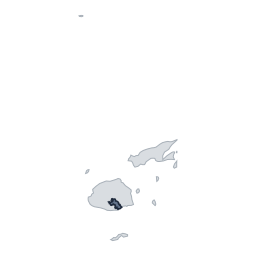 location of Namosi, Central, Fiji
{"feature_id": "14151628B28251361437248", "entity_name": "Namosi", "entity_type": "district", "adm_level": 2, "iso_a3": "FJI", "parent_name": "Fiji", "parent_adm1": "Central", "projection": "albers", "projection_center": [178.074, -18.067], "detail": "fine", "context": "in_parent", "style": "filled", "palette": "slate", "viewbox_px": 256, "rotation_deg": 0, "n_neighbors": 0, "source": "geoboundaries", "source_scale": "gbopen_adm2", "svg_char_len": 4745}
<svg xmlns="http://www.w3.org/2000/svg" viewBox="0 0 256 256"><path d="M121.1,180.5L121.1,182.0L122.0,182.6L122.9,182.7L125.3,185.6L128.9,188.1L131.1,189.9L131.2,191.6L130.5,193.3L131.5,196.3L131.9,199.5L133.5,204.5L131.2,205.4L127.7,205.5L126.9,206.4L125.6,205.9L122.7,206.3L119.9,207.9L117.2,210.2L114.1,210.2L110.6,210.6L107.1,210.3L104.7,209.1L100.4,207.8L94.6,206.8L92.2,205.8L90.2,204.4L88.3,200.7L88.1,198.9L88.3,197.1L90.0,196.6L91.4,195.7L91.6,194.5L92.3,193.7L93.1,193.4L93.5,192.9L92.9,191.0L92.7,189.3L96.1,186.2L99.7,183.5L106.2,181.0L110.1,181.3L116.1,179.4L118.1,178.5L120.0,179.0L121.1,180.5ZM177.0,140.1L172.0,144.6L170.2,146.9L168.7,149.4L164.5,152.1L162.7,155.8L162.8,159.6L167.0,155.7L171.7,152.5L173.1,151.9L174.6,152.0L174.5,153.0L173.8,154.1L173.2,156.9L174.5,159.6L171.0,159.3L167.5,159.5L163.5,160.9L159.5,161.5L158.0,161.5L156.5,161.0L155.6,160.3L154.9,158.5L154.1,158.2L151.0,158.3L146.2,161.7L144.6,164.6L142.8,164.7L140.6,164.1L138.0,166.3L134.9,167.1L133.5,165.2L132.7,162.9L131.6,161.2L128.1,160.7L128.7,158.7L129.6,157.8L130.4,156.6L130.9,155.1L132.6,156.0L134.3,156.6L136.1,155.6L138.1,155.5L140.1,152.4L143.2,150.5L147.4,149.0L151.7,147.9L154.0,147.7L156.1,147.1L159.9,144.2L162.4,142.7L165.1,141.9L167.7,141.4L170.1,141.8L172.0,141.6L177.0,139.6L177.0,140.1ZM127.6,234.7L127.6,236.1L123.5,237.1L122.1,235.9L121.3,235.6L118.8,237.8L118.1,238.6L117.9,239.3L117.2,239.6L112.7,240.6L110.7,239.6L112.1,238.9L113.7,237.5L115.4,237.8L117.1,236.5L118.7,234.5L121.1,234.1L122.7,233.3L125.5,233.9L127.6,234.7ZM176.7,167.0L174.3,168.2L173.4,167.0L174.5,164.0L176.8,161.0L176.7,163.4L176.7,167.0ZM155.4,205.3L155.1,205.6L152.3,202.9L152.4,201.8L152.9,200.8L154.1,199.9L155.1,201.5L155.8,204.1L155.4,205.3ZM138.7,192.6L137.0,193.2L136.1,191.1L137.4,189.1L138.8,188.9L139.5,191.0L138.7,192.6ZM157.9,180.5L156.8,181.4L156.4,176.7L157.5,176.8L158.3,177.2L158.7,178.4L157.9,180.5ZM87.3,172.9L85.6,173.5L86.5,170.8L87.4,170.0L88.0,169.8L89.0,169.6L88.6,171.5L87.3,172.9ZM82.8,16.3L81.5,16.7L79.4,16.4L79.0,15.8L79.7,15.7L81.0,15.4L82.7,15.5L83.0,15.9L82.8,16.3ZM176.9,152.7L176.4,152.7L176.4,152.1L176.9,150.9L176.9,152.7Z" fill="#d9dde1" stroke="#a8b0b8" stroke-width="1"/><path d="M112.2,198.9L111.9,198.9L111.9,199.0L111.6,199.1L111.5,199.3L111.6,199.5L111.8,199.6L112.0,199.6L112.1,199.9L112.7,200.1L112.9,200.5L112.1,200.5L111.9,200.8L111.8,201.0L111.7,201.0L111.8,201.1L112.0,201.0L112.3,201.1L112.5,201.3L112.5,201.5L112.4,201.5L112.2,201.8L111.9,201.7L111.7,201.7L111.5,201.8L111.4,201.8L111.2,202.0L111.1,202.3L110.9,202.3L110.7,202.4L110.6,202.5L110.5,202.4L110.2,202.3L110.1,202.2L109.9,202.2L109.7,202.1L109.5,201.9L109.4,201.9L109.2,201.9L109.0,201.7L108.9,201.8L108.9,202.0L109.0,202.0L109.0,202.3L108.9,202.3L109.0,202.4L109.0,202.5L109.1,202.8L109.3,203.0L109.4,203.3L109.4,203.5L109.5,203.5L109.8,203.6L110.0,203.5L110.1,203.9L110.1,204.0L110.3,204.1L110.6,204.4L110.7,204.5L110.8,204.6L110.8,204.8L110.7,205.0L110.9,205.2L111.2,205.2L111.5,205.3L111.8,205.3L111.9,205.2L112.0,205.1L112.0,204.9L112.3,204.9L112.5,204.7L112.8,204.6L112.9,204.4L112.9,204.2L113.0,204.2L113.3,204.1L113.5,204.0L113.8,204.3L114.0,204.4L114.0,204.5L114.1,204.9L114.3,204.9L114.5,204.8L114.6,204.7L114.8,204.7L114.9,204.8L115.1,204.9L115.2,205.0L115.2,205.3L115.3,205.3L115.3,205.5L115.4,205.8L115.3,206.0L115.3,206.4L114.9,207.2L115.2,207.6L115.1,207.9L115.2,208.1L115.4,208.2L115.5,208.2L115.5,207.9L115.9,207.6L116.2,207.2L116.2,206.9L116.2,207.0L116.3,207.1L116.4,207.3L116.5,207.3L116.4,207.4L116.5,207.4L116.5,207.5L116.4,207.6L116.5,207.6L116.5,207.8L116.6,207.7L116.7,207.8L116.9,208.0L116.9,207.9L117.0,208.0L116.9,207.8L117.0,207.8L117.3,208.3L117.4,208.6L117.4,208.8L117.5,208.9L117.5,208.7L117.7,208.8L117.8,208.8L118.0,208.9L117.9,209.0L118.0,209.1L118.1,208.9L118.2,209.0L118.3,208.9L118.4,209.1L118.5,209.0L118.8,208.8L118.9,208.7L119.2,208.7L119.3,208.8L119.5,208.7L120.0,208.7L120.6,208.2L120.9,207.9L121.1,207.7L121.8,207.4L121.8,207.2L121.4,206.9L121.2,206.8L121.2,206.7L120.9,206.5L120.8,206.3L120.8,206.1L120.7,206.0L120.2,205.4L119.9,204.7L120.0,204.6L119.9,204.5L119.7,204.4L119.6,204.5L119.6,204.4L119.4,204.4L119.4,204.5L119.3,204.4L119.2,204.4L119.2,204.5L119.1,204.4L119.0,204.2L118.9,204.2L118.7,204.1L118.7,203.9L118.7,203.7L118.8,203.7L118.7,203.6L118.5,203.4L118.4,203.3L118.4,203.2L118.5,203.1L118.6,202.9L118.5,202.7L118.4,202.4L118.2,202.2L117.9,201.9L117.7,201.7L117.4,201.6L116.8,201.1L115.6,201.0L115.6,200.8L115.6,200.6L115.6,200.4L115.4,200.1L115.4,199.6L115.2,199.2L114.9,199.1L114.7,199.1L114.4,199.0L114.2,199.1L113.9,199.0L113.7,199.0L113.4,199.2L113.2,199.2L112.9,199.3L112.7,199.2L112.5,198.9L112.4,199.0L112.2,198.9L112.2,198.9Z" fill="#64748b" stroke="#1e293b" stroke-width="1.5"/></svg>